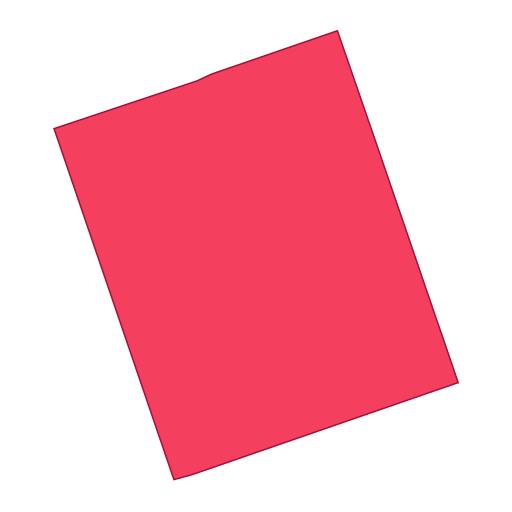 Hitchcock, Nebraska, United States of America, rotated 251°
{"feature_id": "52423323B23020703161969", "entity_name": "Hitchcock", "entity_type": "district", "adm_level": 2, "iso_a3": "USA", "parent_name": "United States of America", "parent_adm1": "Nebraska", "projection": "equal_earth", "projection_center": [-101.114, 40.176], "detail": "fine", "context": "isolated", "style": "filled", "palette": "rose", "viewbox_px": 512, "rotation_deg": 251, "n_neighbors": 0, "source": "geoboundaries", "source_scale": "gbopen_adm2", "svg_char_len": 427}
<svg xmlns="http://www.w3.org/2000/svg" viewBox="0 0 512 512"><g transform="rotate(251 256 256)"><path d="M69.5,405.9L70.5,405.9L90.3,406.0L95.2,406.0L120.1,406.1L142.2,406.0L157.3,406.1L166.1,406.1L172.7,406.1L197.6,406.2L244.1,406.3L265.5,406.3L324.9,406.4L442.5,406.3L442.5,273.2L440.8,257.1L442.2,106.5L429.8,106.5L71.3,105.6L70.1,123.8L70.5,405.9L69.5,405.9Z" fill="#f43f5e" stroke="#9f1239" stroke-width="1.5"/></g></svg>